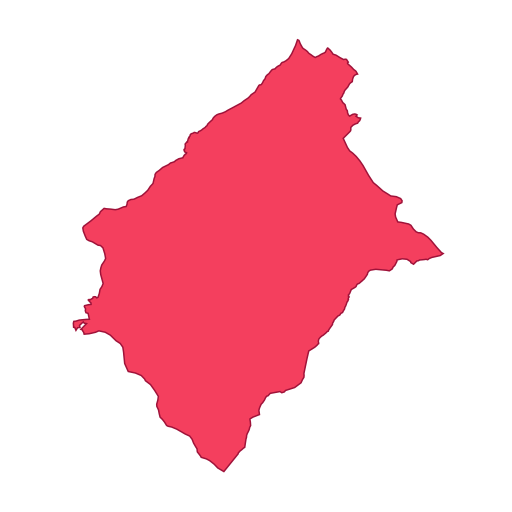 Moldova-Sulita, Suceava, Romania (Albers equal-area conic projection), rotated 356°
{"feature_id": "2599482B4922642356545", "entity_name": "Moldova-Sulita", "entity_type": "district", "adm_level": 2, "iso_a3": "ROU", "parent_name": "Romania", "parent_adm1": "Suceava", "projection": "albers", "projection_center": [25.239, 47.682], "detail": "fine", "context": "isolated", "style": "filled", "palette": "rose", "viewbox_px": 512, "rotation_deg": 356, "n_neighbors": 0, "source": "geoboundaries", "source_scale": "gbopen_adm2", "svg_char_len": 6023}
<svg xmlns="http://www.w3.org/2000/svg" viewBox="0 0 512 512"><g transform="rotate(356 256 256)"><path d="M442.9,266.6L441.2,265.5L436.9,260.0L431.7,252.7L428.7,249.2L424.7,245.9L422.0,244.4L419.5,244.1L417.5,243.1L414.9,240.1L412.7,236.2L410.5,234.7L403.3,232.6L399.8,231.9L398.0,226.9L397.7,223.7L399.6,217.4L400.5,214.8L405.2,212.9L405.6,211.1L404.3,208.8L400.1,206.6L394.6,205.5L391.7,203.3L387.1,200.0L381.5,194.2L378.1,191.0L373.9,183.4L369.1,173.3L366.2,168.3L362.9,163.7L359.6,160.1L356.8,157.7L354.8,154.2L351.2,144.7L358.1,138.7L359.0,137.8L359.4,136.8L359.5,134.5L359.8,134.1L361.8,132.3L364.0,131.3L365.3,130.9L366.6,130.6L367.5,129.3L368.9,128.2L369.8,126.4L370.0,125.7L367.8,125.3L367.3,125.0L366.8,124.5L365.5,123.6L366.7,122.3L365.9,121.7L364.5,121.2L362.4,121.4L359.1,123.0L357.8,121.4L357.8,120.9L357.3,119.5L357.3,118.4L357.2,117.4L356.8,116.6L356.3,116.1L355.4,111.3L353.9,109.6L353.4,109.2L352.6,107.6L352.2,106.5L351.7,105.8L351.3,105.6L351.2,105.2L351.3,104.7L353.2,102.5L353.9,101.0L354.2,100.4L354.8,99.8L355.6,97.9L356.3,96.8L359.3,93.9L361.3,90.8L362.3,89.9L364.2,88.8L364.7,86.3L365.6,84.2L366.5,83.0L367.2,82.5L368.7,81.8L370.0,81.6L368.6,78.7L367.8,77.9L366.4,76.7L364.5,74.3L360.8,70.5L360.9,69.6L361.6,69.1L360.8,67.7L360.0,66.2L358.9,65.9L357.0,66.1L353.5,63.9L349.8,61.2L347.0,60.1L345.6,57.7L345.0,56.9L344.6,56.1L342.1,53.5L341.8,53.6L340.9,54.8L339.4,57.5L337.8,58.4L337.4,58.4L334.9,59.4L332.2,60.9L330.7,61.3L328.9,62.1L326.4,60.4L325.2,59.3L323.0,57.6L322.3,56.8L321.7,55.8L321.3,55.4L319.9,54.1L317.6,52.3L316.9,51.5L315.3,48.1L314.8,46.9L314.1,44.5L313.7,43.8L312.5,43.2L310.1,48.9L308.9,51.0L305.8,56.7L302.4,61.3L299.4,63.4L297.0,64.5L295.7,64.7L295.0,65.2L294.2,66.1L293.6,67.1L291.1,68.2L289.8,69.0L288.6,70.0L288.1,70.6L285.4,71.1L284.9,71.4L283.4,72.9L281.6,75.0L281.2,75.3L280.1,75.9L279.0,76.9L278.2,77.8L277.8,78.9L277.2,80.1L275.8,81.5L274.7,83.5L273.4,85.2L272.9,85.5L272.2,85.6L271.5,85.6L270.8,86.0L268.5,89.4L266.5,92.4L262.4,94.8L260.8,96.5L259.1,97.9L254.9,100.3L252.0,102.4L237.7,108.8L235.7,109.9L232.3,111.1L228.6,111.8L226.8,112.4L224.6,113.8L223.2,115.1L222.6,115.9L222.1,116.9L218.8,119.5L216.9,121.2L216.4,122.3L215.8,122.9L215.0,123.3L214.6,123.9L213.8,124.5L212.2,125.3L210.6,126.5L209.5,127.1L207.4,127.9L206.7,129.1L205.8,129.4L204.5,128.8L203.0,128.4L202.6,128.7L201.7,129.1L200.1,129.5L199.4,129.9L198.8,130.6L198.7,131.5L197.8,132.3L197.7,133.3L197.2,133.2L196.5,134.5L196.0,136.1L195.7,136.7L195.6,137.5L194.9,137.4L194.6,137.9L193.3,139.1L193.1,139.7L193.2,140.9L193.1,141.5L192.8,142.8L192.8,143.6L192.6,144.0L192.0,144.4L192.0,145.3L191.6,145.3L191.9,146.5L192.3,147.3L193.2,147.8L194.0,148.1L194.0,148.3L193.5,149.1L192.6,149.4L192.2,149.9L191.7,150.2L191.7,150.5L191.3,150.7L189.9,152.7L189.9,152.9L185.8,153.6L182.4,155.2L181.4,156.1L180.7,156.4L178.4,157.0L177.6,157.1L176.5,157.7L175.2,158.7L169.0,161.2L165.4,163.9L162.7,165.5L161.6,166.6L160.9,167.9L160.8,169.5L159.8,171.6L158.3,176.5L155.5,179.1L152.6,182.9L149.6,185.4L146.2,187.9L141.9,189.3L138.3,190.8L136.7,190.9L135.2,190.9L132.5,191.9L131.5,193.0L131.2,193.9L131.0,195.3L130.3,196.8L129.9,197.6L127.2,197.8L121.7,199.7L118.8,200.0L114.3,199.1L110.1,198.5L107.8,197.9L103.9,200.9L102.6,203.3L99.6,205.2L93.5,209.6L86.2,214.3L85.2,215.9L85.5,219.2L87.0,224.1L88.3,227.6L90.5,229.1L93.7,230.4L96.7,232.5L99.2,234.2L101.6,234.7L103.9,237.2L105.3,243.2L105.7,246.7L105.8,248.1L104.4,250.5L101.5,254.2L100.4,257.0L99.6,260.0L99.8,263.6L101.6,272.8L100.1,275.8L98.1,278.4L97.1,282.4L95.5,286.2L94.2,286.7L93.2,285.5L91.7,285.3L90.6,285.6L90.1,286.9L88.7,287.4L87.6,288.1L86.4,287.7L85.6,288.2L86.6,289.6L88.1,291.3L88.1,292.8L85.4,292.9L81.5,293.6L81.2,294.5L82.3,296.8L81.9,298.7L82.4,300.7L84.5,301.5L85.4,307.5L82.3,307.4L75.2,307.6L71.9,308.4L69.7,308.5L69.1,310.3L69.1,314.4L70.2,314.6L71.2,317.6L73.0,315.1L75.4,315.0L75.1,312.9L79.1,309.7L79.9,311.0L82.2,311.6L76.2,317.0L77.5,317.5L78.0,318.8L78.8,320.2L79.1,322.0L84.2,321.9L90.6,320.9L94.0,319.7L100.2,321.5L105.2,324.8L110.5,330.8L114.5,333.8L116.8,337.7L117.2,342.7L117.5,354.1L119.9,360.7L120.5,362.3L127.5,364.3L133.2,367.2L136.3,370.9L137.0,372.7L141.8,376.9L145.6,383.1L148.8,389.2L148.0,393.0L146.6,396.9L146.6,399.1L148.0,402.7L148.5,406.7L149.1,410.1L151.1,412.3L153.1,415.2L155.0,418.8L156.4,419.7L159.9,420.7L164.9,423.2L172.9,428.6L177.3,431.0L179.5,434.4L180.7,438.3L182.5,442.0L183.7,444.2L183.8,447.3L186.6,451.5L187.3,453.0L192.3,454.9L195.4,456.8L199.7,460.7L203.1,464.8L208.9,468.8L224.4,452.1L224.6,451.2L225.7,450.2L226.6,449.3L228.3,448.2L230.2,446.7L231.4,446.1L233.2,438.0L233.9,436.1L234.1,434.4L234.9,432.5L236.2,430.4L236.4,429.9L236.8,429.3L237.4,427.8L237.7,426.6L238.8,424.8L238.8,421.1L238.5,418.6L238.6,418.1L241.7,416.5L248.4,414.4L248.1,410.1L249.0,407.6L250.8,404.2L252.4,402.8L254.5,400.1L255.5,398.2L256.8,396.6L258.2,396.3L260.6,394.0L270.5,392.9L272.2,394.2L274.9,393.5L276.0,392.2L285.4,389.9L292.1,385.6L293.7,382.6L295.3,380.4L295.6,378.6L295.6,376.5L299.7,361.9L302.0,354.4L308.4,351.0L310.5,349.4L311.9,348.0L312.4,347.8L312.4,346.8L312.2,345.4L312.8,343.4L313.3,342.8L314.1,341.9L315.9,340.5L317.5,339.7L320.4,337.6L321.8,336.3L322.9,336.0L323.2,335.1L324.3,333.6L327.5,329.7L327.7,328.4L328.9,326.7L329.5,325.3L333.5,321.6L335.4,320.8L336.7,319.1L338.4,318.4L339.0,317.3L340.7,314.9L340.9,313.7L341.9,312.2L342.6,310.7L343.6,308.2L344.1,307.9L345.2,305.8L344.9,305.4L345.2,304.7L345.2,304.3L346.0,303.4L345.5,302.9L345.8,302.7L345.4,301.4L346.7,300.1L347.6,298.3L348.7,296.1L352.4,294.3L353.6,293.5L353.8,293.2L354.3,292.1L355.2,291.0L355.9,290.8L356.6,290.7L357.8,289.9L362.4,286.4L365.8,282.1L366.3,280.4L367.6,278.9L369.1,278.1L374.5,277.6L385.0,279.3L388.0,280.1L391.0,278.4L392.0,276.6L393.8,275.1L396.1,271.3L396.4,269.8L397.9,269.5L401.7,269.0L406.4,269.8L409.8,272.3L410.0,273.4L412.6,275.2L416.1,272.2L417.8,272.0L418.8,271.4L423.5,271.3L425.4,271.1L427.0,271.7L428.6,270.6L431.3,269.7L439.8,268.4L442.9,266.6Z" fill="#f43f5e" stroke="#9f1239" stroke-width="1.5"/></g></svg>